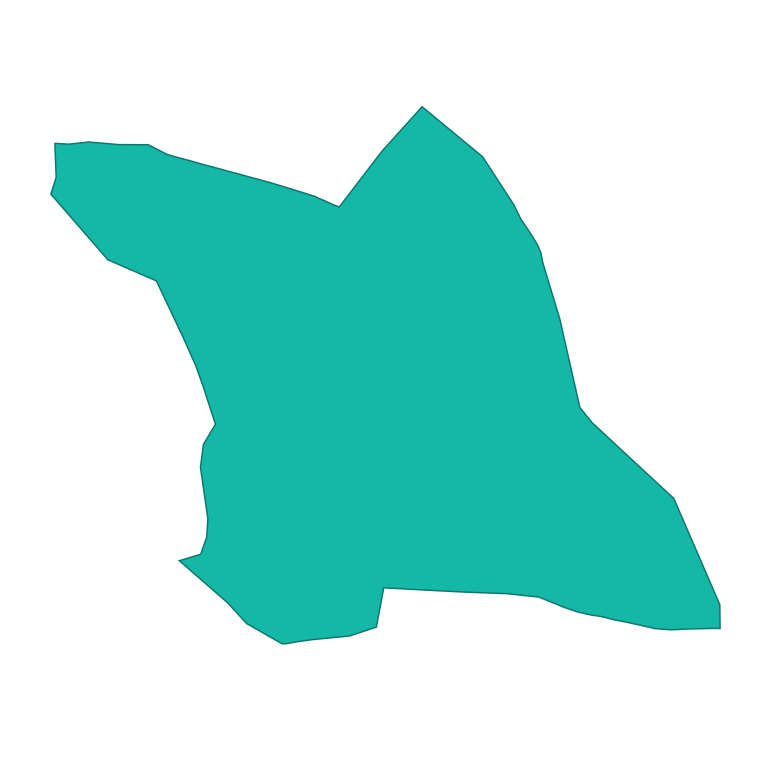 the district of Zapotitlán Palmas, Oaxaca, Mexico, rotated 175°
{"feature_id": "50627088B57501900146660", "entity_name": "Zapotitlán Palmas", "entity_type": "district", "adm_level": 2, "iso_a3": "MEX", "parent_name": "Mexico", "parent_adm1": "Oaxaca", "projection": "mercator", "projection_center": [-97.834, 17.881], "detail": "fine", "context": "isolated", "style": "filled", "palette": "teal", "viewbox_px": 768, "rotation_deg": 175, "n_neighbors": 0, "source": "geoboundaries", "source_scale": "gbopen_adm2", "svg_char_len": 1104}
<svg xmlns="http://www.w3.org/2000/svg" viewBox="0 0 768 768"><g transform="rotate(175 384 384)"><path d="M494.7,134.7L477.2,135.6L440.2,136.0L412.8,142.5L402.0,181.0L362.8,175.4L325.0,170.1L279.8,164.4L248.5,158.3L225.1,146.4L224.1,145.8L210.4,139.8L196.5,135.4L192.6,134.6L187.1,133.2L175.3,129.0L163.8,125.8L134.7,116.6L120.2,114.2L113.6,113.8L108.7,113.8L78.0,111.9L70.5,111.1L68.7,134.9L105.3,244.8L138.1,280.9L180.2,327.5L190.9,343.5L203.2,433.4L215.3,491.5L216.2,500.7L218.9,509.3L224.9,521.2L233.1,536.0L235.8,542.8L239.1,551.4L265.9,601.7L307.2,642.4L321.9,656.9L365.6,616.2L413.2,564.2L418.6,566.9L434.0,575.4L436.4,576.9L472.9,591.8L479.1,594.3L482.4,595.5L522.7,610.3L545.3,618.6L552.5,621.3L573.4,629.0L580.5,631.9L598.0,642.9L627.3,645.6L657.1,650.8L677.1,650.4L679.9,650.8L690.9,652.4L692.6,618.4L699.3,602.2L648.3,531.8L601.7,506.5L580.4,448.9L569.9,418.6L564.3,397.0L555.4,358.6L569.1,339.7L574.1,317.1L571.2,264.9L573.9,247.1L581.4,230.4L603.3,225.8L558.9,179.7L541.7,157.3L508.2,134.1L506.1,133.9L503.8,133.8L494.7,134.7Z" fill="#14b8a6" stroke="#0f766e" stroke-width="1.5"/></g></svg>